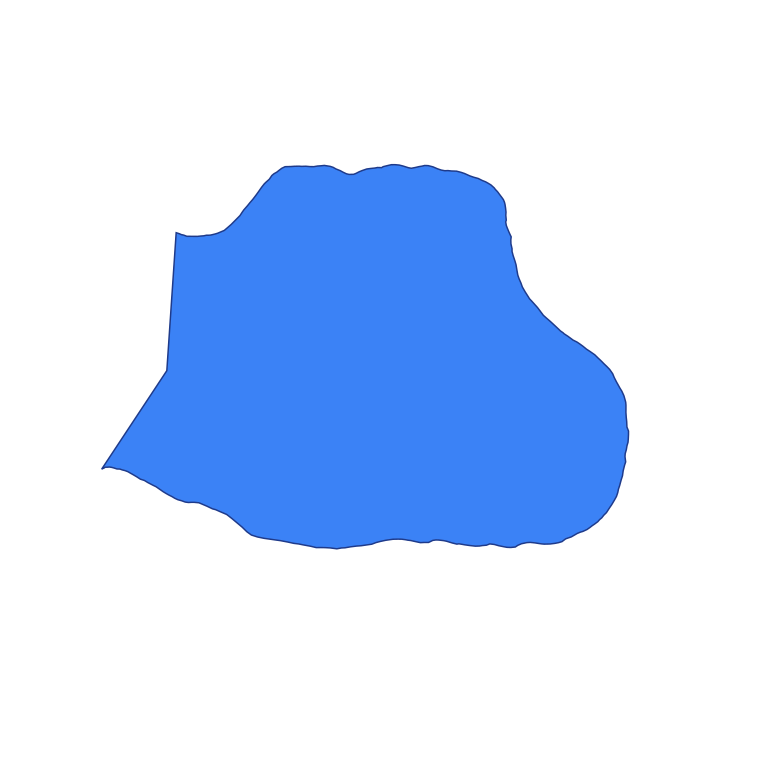 the district of South Miladhunmadulu, Maldives, rotated 303°
{"feature_id": "70690204B143324726132", "entity_name": "South Miladhunmadulu", "entity_type": "district", "adm_level": 2, "iso_a3": "MDV", "parent_name": "Maldives", "parent_adm1": "", "projection": "natural_earth1", "projection_center": [73.322, 5.821], "detail": "fine", "context": "isolated", "style": "filled", "palette": "blue", "viewbox_px": 768, "rotation_deg": 303, "n_neighbors": 0, "source": "geoboundaries", "source_scale": "gbopen_adm2", "svg_char_len": 4047}
<svg xmlns="http://www.w3.org/2000/svg" viewBox="0 0 768 768"><g transform="rotate(303 384 384)"><path d="M158.8,193.6L159.9,194.2L161.5,195.2L162.4,195.5L163.5,197.2L164.8,198.9L165.8,201.1L166.5,203.3L167.3,206.3L168.8,208.8L169.4,211.3L170.3,213.9L171.0,217.1L171.1,219.7L171.3,222.7L171.5,227.1L171.5,231.5L172.6,235.6L172.7,239.4L173.3,245.7L173.7,248.7L173.5,254.5L173.4,257.5L173.5,260.8L173.7,264.1L174.1,267.5L174.2,270.8L174.7,274.2L175.9,278.0L176.7,281.5L178.1,284.5L179.7,286.7L181.4,289.3L183.6,293.5L185.1,302.1L185.9,308.2L186.9,311.2L187.7,316.2L188.9,323.1L188.3,330.0L187.8,334.0L187.3,338.2L186.7,343.0L185.4,349.4L185.1,355.0L186.8,361.2L189.3,367.6L191.5,372.3L194.0,377.7L196.2,382.4L199.1,389.5L201.2,395.1L203.4,399.6L205.0,403.7L208.0,410.9L209.9,416.3L212.5,420.2L214.8,423.9L217.2,428.1L220.1,434.2L223.3,437.6L225.4,440.5L229.2,444.6L233.0,449.1L235.9,452.9L239.4,456.9L243.0,461.0L246.7,463.7L250.2,466.9L253.9,470.6L256.7,473.8L258.7,476.1L261.5,480.2L263.5,483.4L265.1,486.8L265.9,488.8L267.3,491.7L269.0,496.3L270.8,501.0L273.0,504.0L275.3,507.6L276.9,508.6L279.4,510.1L281.5,512.5L283.0,515.0L285.2,519.5L286.2,522.1L287.9,528.0L289.4,532.3L290.8,533.9L292.1,536.9L293.1,539.3L295.1,543.6L297.8,549.0L300.1,552.3L302.1,554.5L304.6,557.7L307.5,559.8L309.5,563.9L310.9,568.4L312.8,573.2L314.0,576.1L315.9,579.3L318.8,582.9L321.6,584.1L324.9,586.3L328.8,590.2L330.8,592.9L333.0,597.2L334.6,600.8L335.9,603.6L337.0,605.6L340.2,610.3L343.4,614.1L346.0,616.8L348.7,619.1L353.1,620.7L355.3,622.4L357.7,624.3L361.8,626.4L363.8,627.4L366.6,629.3L368.7,631.1L372.5,633.5L375.7,634.8L378.6,635.8L381.2,636.9L385.0,638.3L387.8,638.7L390.3,639.5L393.7,639.8L397.2,640.6L402.9,640.6L406.8,640.7L411.9,640.5L416.3,640.2L420.2,639.2L423.5,637.9L427.0,637.0L432.9,635.1L436.9,634.0L441.4,631.9L446.9,630.0L450.3,629.1L454.3,625.7L457.0,624.2L460.9,623.0L464.6,621.4L468.0,620.4L470.8,618.9L474.9,616.5L477.7,614.7L480.2,611.2L484.8,607.9L488.0,605.3L492.0,602.3L494.4,600.8L498.1,598.4L500.4,596.6L503.0,593.7L504.9,591.5L507.5,587.4L509.1,584.0L512.5,577.6L514.8,573.6L517.1,570.3L519.1,565.4L520.0,561.5L520.7,557.8L521.8,552.7L522.5,548.7L523.3,544.9L523.4,541.9L523.5,539.1L523.5,534.9L524.0,530.5L524.2,527.1L524.3,523.2L523.8,518.5L524.2,512.1L524.2,507.7L524.5,506.3L524.6,503.1L525.7,497.2L526.9,490.4L527.7,484.7L528.4,480.2L529.4,477.5L531.7,471.2L533.8,463.4L534.7,459.7L536.6,455.6L538.0,452.5L540.7,447.2L543.3,443.8L545.8,440.0L548.2,436.9L551.4,433.9L555.9,429.8L558.5,426.8L562.0,422.4L564.9,419.2L567.2,417.7L570.7,414.1L573.9,411.9L576.7,410.5L577.9,408.5L579.7,405.7L581.9,402.5L583.6,400.2L586.2,397.8L588.0,397.3L591.8,394.3L594.6,392.7L597.8,390.1L600.5,387.7L602.0,386.1L603.6,383.8L604.3,382.1L606.6,375.8L606.8,375.4L607.4,373.3L607.8,371.5L608.5,369.6L609.2,365.3L609.1,362.0L608.9,359.1L608.2,355.6L607.7,351.1L606.3,346.7L605.3,342.7L604.4,336.9L603.5,333.4L602.0,328.9L599.3,324.4L597.8,321.4L596.0,318.9L594.6,315.5L593.6,311.5L592.8,306.8L591.2,302.1L589.4,299.1L587.5,297.3L585.4,295.0L582.6,292.3L579.8,289.4L578.7,286.7L577.2,281.3L575.9,277.5L573.9,273.7L571.9,270.7L569.1,268.0L565.8,264.9L564.2,264.2L562.0,260.6L560.3,258.9L557.4,255.3L554.9,252.4L551.2,249.5L548.5,247.6L545.2,245.7L543.3,244.3L540.7,240.5L539.8,237.9L539.3,234.0L539.1,231.2L538.2,226.6L538.0,223.3L537.2,220.3L534.8,214.9L532.6,212.2L530.5,209.4L530.2,209.1L528.0,206.7L526.0,203.5L524.1,199.9L521.6,196.3L520.4,194.1L517.8,190.3L515.7,187.5L512.4,182.7L509.1,180.7L505.7,179.5L503.3,178.7L500.4,177.2L497.8,176.4L493.3,176.3L492.2,176.0L488.9,175.1L486.7,174.6L482.3,174.2L479.4,174.1L476.4,174.0L472.5,173.8L467.3,173.4L463.1,172.8L459.1,172.4L453.6,171.6L450.5,171.5L446.9,171.5L442.5,170.6L438.7,169.8L434.4,168.9L430.2,167.7L425.8,166.4L423.0,164.5L419.9,162.4L418.1,160.9L414.8,157.8L413.6,156.4L412.0,154.0L410.0,152.0L408.5,150.0L406.1,147.0L404.0,143.7L402.1,140.7L400.5,138.2L399.8,135.0L398.9,132.6L398.6,130.6L397.7,127.3L276.9,194.6L158.8,193.6Z" fill="#3b82f6" stroke="#1e3a8a" stroke-width="1.5"/></g></svg>